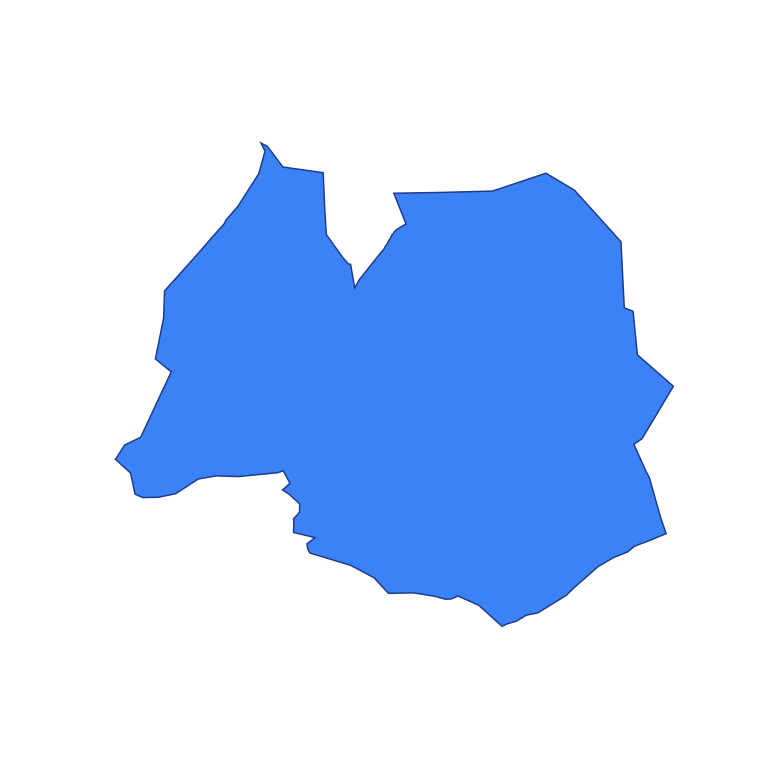 outline of Santiago Zacatepec, Oaxaca, Mexico, rotated 255°
{"feature_id": "50627088B38006544151025", "entity_name": "Santiago Zacatepec", "entity_type": "district", "adm_level": 2, "iso_a3": "MEX", "parent_name": "Mexico", "parent_adm1": "Oaxaca", "projection": "equal_earth", "projection_center": [-95.883, 17.203], "detail": "fine", "context": "isolated", "style": "filled", "palette": "blue", "viewbox_px": 768, "rotation_deg": 255, "n_neighbors": 0, "source": "geoboundaries", "source_scale": "gbopen_adm2", "svg_char_len": 1539}
<svg xmlns="http://www.w3.org/2000/svg" viewBox="0 0 768 768"><g transform="rotate(255 384 384)"><path d="M119.4,435.3L120.4,440.6L120.7,450.5L123.9,461.6L123.1,473.3L132.8,505.5L138.5,515.8L145.4,529.8L152.1,543.3L156.9,560.3L158.7,575.7L162.5,584.0L164.3,601.7L166.5,617.8L184.2,616.6L224.9,616.1L231.7,614.5L261.1,609.8L264.4,619.1L306.9,662.9L346.6,636.3L389.8,643.4L395.4,635.8L460.1,649.7L522.0,618.1L545.7,594.9L542.3,538.6L554.2,489.0L555.0,485.8L565.7,442.9L532.7,446.7L532.5,445.7L532.3,444.6L531.9,442.8L531.5,441.4L530.7,439.2L530.1,436.8L529.2,434.6L528.1,433.2L526.6,431.4L525.6,429.8L524.0,428.7L522.8,427.3L520.6,425.2L519.1,423.8L517.8,422.6L516.8,421.1L515.7,420.1L514.0,418.5L512.8,416.4L491.4,387.4L484.4,380.6L508.3,382.7L509.3,380.5L517.1,376.8L543.2,367.0L564.8,371.3L603.8,379.9L619.8,342.5L643.7,332.9L648.6,327.5L639.8,329.4L619.5,317.4L593.4,288.8L583.2,273.7L580.2,271.2L570.2,255.9L558.8,239.1L530.7,196.1L505.0,188.3L496.9,184.3L467.4,169.7L452.1,180.7L451.0,181.8L428.7,163.0L395.5,135.2L392.2,117.7L383.6,108.3L380.7,105.1L363.5,116.2L342.1,115.0L336.7,121.7L333.0,136.8L332.0,154.4L340.3,179.9L338.7,198.2L332.3,219.2L325.9,258.2L326.2,263.8L325.3,264.4L312.5,267.5L307.9,258.6L302.3,263.7L290.0,271.5L281.8,269.1L277.3,261.8L274.0,261.2L264.0,258.2L253.5,277.5L249.5,268.2L244.4,267.7L240.0,268.6L238.1,271.6L217.5,304.8L199.3,324.3L180.6,334.1L174.7,358.2L166.1,377.6L160.1,387.9L159.0,393.5L160.1,400.5L146.2,417.7L146.0,418.1L119.4,435.3Z" fill="#3b82f6" stroke="#1e3a8a" stroke-width="1.5"/></g></svg>